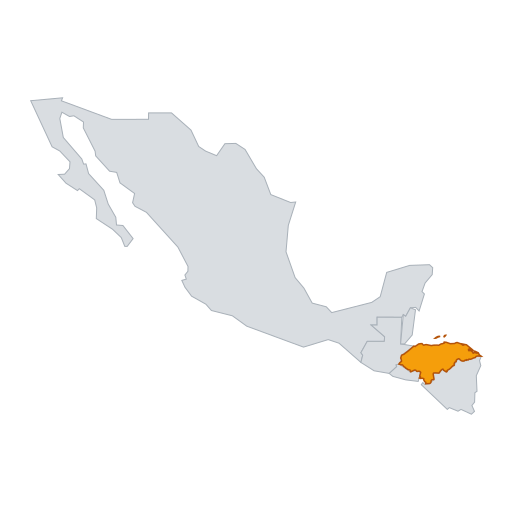 map of Honduras with Mexico, Nicaragua, El Salvador and 2 others greyed out
{"feature_id": "HND", "entity_name": "Honduras", "entity_type": "country or territory", "adm_level": 0, "iso_a3": "HND", "parent_name": "North America", "parent_adm1": "", "projection": "mercator", "projection_center": [-86.242, 14.747], "detail": "fine", "context": "with_neighbors", "style": "filled", "palette": "amber", "viewbox_px": 512, "rotation_deg": 0, "n_neighbors": 5, "source": "natural_earth", "source_scale": "50m", "svg_char_len": 4986}
<svg xmlns="http://www.w3.org/2000/svg" viewBox="0 0 512 512"><path d="M30.7,100.7L62.6,97.8L61.4,100.8L111.7,119.4L148.5,119.3L148.6,112.9L171.5,112.9L191.0,130.1L198.7,146.5L205.6,151.1L216.6,155.7L224.9,143.7L235.8,143.4L245.1,149.5L256.4,168.7L264.2,177.2L270.8,194.6L290.6,202.5L295.7,202.0L288.3,225.4L286.0,251.8L295.1,277.6L303.9,288.1L312.2,303.1L326.3,306.8L331.7,312.6L371.7,302.4L380.2,296.7L386.7,272.4L409.7,265.4L429.5,264.7L432.7,267.7L432.2,274.6L425.1,283.0L422.0,291.6L424.4,294.0L419.1,311.0L415.7,307.4L410.4,307.8L405.7,316.3L403.3,314.6L401.8,317.3L377.1,317.2L377.1,325.0L371.1,325.0L384.6,336.7L384.3,341.4L367.2,341.4L360.9,352.7L362.7,355.2L360.9,362.4L339.0,343.2L328.2,339.6L303.5,347.1L246.8,326.2L232.4,315.8L211.4,310.5L205.9,304.2L191.6,296.2L185.0,287.3L181.8,280.4L186.3,279.1L184.9,275.0L187.9,271.3L188.0,266.4L177.9,247.1L146.4,212.3L135.0,206.3L132.6,202.7L134.6,193.5L120.0,182.9L116.7,172.4L109.6,171.2L95.7,155.9L95.1,151.2L83.3,127.9L83.5,122.0L73.9,115.8L69.5,116.5L61.9,112.2L59.8,118.5L63.3,137.5L81.8,159.0L83.6,164.1L86.0,163.9L88.6,173.6L103.8,190.3L108.2,204.0L115.8,217.3L116.5,225.0L122.9,225.5L133.1,238.6L127.2,246.4L124.8,246.4L121.3,237.6L112.6,229.3L96.3,218.6L96.7,207.9L94.7,199.9L79.3,188.7L77.5,190.6L66.0,183.2L58.2,174.5L64.6,174.2L69.5,168.6L70.0,161.8L59.8,151.0L52.1,146.8L30.7,100.7Z" fill="#d9dde1" stroke="#a8b0b8" stroke-width="1"/><path d="M474.5,411.4L471.4,414.2L461.0,409.4L458.0,411.2L449.3,407.6L447.3,409.4L421.3,384.7L422.8,382.6L425.0,384.6L430.1,383.1L433.7,379.9L433.4,373.2L439.3,372.9L442.2,369.3L446.1,372.1L454.5,365.0L457.7,359.0L464.0,361.3L476.7,355.9L481.3,356.2L479.5,360.6L480.8,365.6L476.3,375.7L477.0,391.3L474.9,392.7L474.6,402.1L471.9,405.5L474.5,411.4Z" fill="#d9dde1" stroke="#a8b0b8" stroke-width="1"/><path d="M399.0,364.0L410.3,371.9L416.1,370.3L420.6,372.7L418.2,381.4L405.8,379.9L392.9,376.4L389.1,373.4L396.6,366.5L395.9,364.9L399.0,364.0Z" fill="#d9dde1" stroke="#a8b0b8" stroke-width="1"/><path d="M360.9,362.4L362.7,355.2L360.9,352.7L367.2,341.4L384.3,341.4L384.6,336.7L371.1,325.0L377.1,325.0L377.1,317.2L401.8,317.3L400.6,343.9L414.0,346.1L401.6,355.2L401.7,360.5L399.0,364.0L395.9,364.9L396.6,366.5L389.1,373.4L374.1,370.8L360.9,362.4Z" fill="#d9dde1" stroke="#a8b0b8" stroke-width="1"/><path d="M400.6,343.9L403.3,314.6L405.7,316.3L410.4,307.8L415.5,309.8L412.2,335.0L404.6,343.9L400.6,343.9Z" fill="#d9dde1" stroke="#a8b0b8" stroke-width="1"/><path d="M481.1,356.2L477.7,356.0L476.1,356.4L475.4,357.4L474.8,357.8L474.3,357.7L473.3,358.1L471.7,358.9L470.3,359.3L469.1,359.1L468.7,359.3L468.6,359.5L468.5,359.8L468.0,360.0L467.4,359.9L466.8,359.6L466.5,359.7L466.4,360.3L466.1,360.4L465.5,360.1L464.8,360.3L464.0,361.0L462.8,361.1L461.4,360.8L460.3,360.0L459.5,359.0L458.6,358.7L456.9,359.5L456.2,360.4L456.1,361.0L456.2,361.5L455.9,361.8L455.2,362.0L454.6,362.6L454.2,363.7L454.1,364.5L454.3,365.1L454.0,365.5L452.9,365.8L451.8,366.8L450.4,368.3L449.0,369.4L447.7,370.0L447.0,370.7L447.1,371.5L446.7,371.8L446.3,371.9L443.7,370.3L442.9,369.1L442.3,369.3L441.4,369.9L440.3,371.2L439.1,373.0L438.5,373.1L435.4,372.9L433.7,373.0L433.4,373.3L433.2,373.9L433.3,374.8L433.8,377.9L434.0,379.2L433.8,379.6L433.0,379.6L431.9,379.8L431.3,380.4L431.1,381.0L431.1,381.8L430.7,382.7L430.1,383.3L429.4,383.6L425.7,383.7L425.8,382.3L424.7,381.7L424.1,380.5L423.6,379.7L423.8,379.2L423.7,378.6L422.2,378.2L420.8,378.5L420.0,378.3L419.4,378.0L420.4,377.3L420.5,376.9L420.2,376.6L419.8,376.3L419.9,375.5L420.1,374.6L420.7,372.4L420.5,372.0L419.6,371.3L418.4,371.2L417.1,371.5L416.4,371.1L415.9,370.3L414.9,370.0L413.3,370.6L411.5,371.5L411.0,371.8L410.5,371.8L410.3,371.1L410.2,370.3L410.1,370.1L409.2,369.8L408.1,369.6L407.6,369.4L407.0,368.8L405.7,368.1L405.4,367.6L403.7,366.4L403.3,365.8L402.9,365.3L402.1,364.7L401.4,364.9L399.2,364.2L398.9,364.1L399.2,363.5L399.9,362.6L401.4,361.5L401.5,360.7L401.1,359.0L400.7,358.0L400.9,357.5L401.4,355.6L401.8,355.1L404.0,354.2L405.9,352.7L407.9,351.2L409.9,349.5L412.1,347.6L413.3,346.6L413.9,346.1L415.2,346.5L416.2,345.6L416.8,345.3L418.2,344.3L418.6,344.0L420.9,343.6L422.0,343.6L423.0,344.7L423.7,345.2L425.2,344.7L426.4,344.6L431.4,345.6L433.4,345.2L437.1,345.1L438.7,345.3L441.1,343.9L442.5,343.7L444.3,343.0L444.1,342.3L443.6,342.0L446.3,342.3L450.3,343.7L454.5,343.5L456.1,342.7L457.1,342.5L461.4,344.0L462.6,345.1L463.4,345.2L464.1,344.9L464.3,344.7L463.5,344.5L463.1,344.1L466.5,344.8L472.9,350.1L473.1,350.5L470.3,349.0L468.9,349.1L468.5,349.3L468.6,350.2L468.7,350.6L469.3,350.7L469.8,350.4L470.9,350.7L471.7,351.3L472.6,352.1L473.1,353.1L473.7,353.1L474.3,352.5L475.4,352.5L476.1,353.1L476.6,353.1L475.9,352.1L474.3,351.1L474.7,351.1L478.3,352.8L479.4,355.0L480.2,355.5L481.1,356.2ZM437.9,337.1L435.8,338.2L435.1,338.2L436.1,337.4L437.6,336.6L439.0,336.3L440.1,336.4L437.9,337.1ZM445.2,336.0L444.2,336.8L444.0,336.4L444.5,335.7L445.1,335.3L445.7,335.3L445.5,335.6L445.2,336.0Z" fill="#f59e0b" stroke="#b45309" stroke-width="1.5"/></svg>